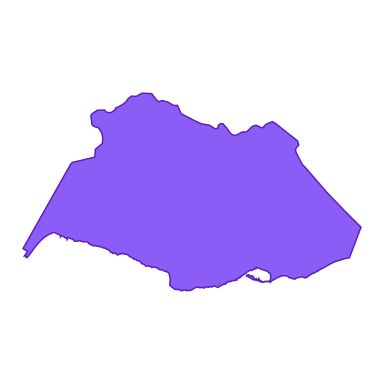 Al Madaribah Wa Al Aarah, Lahij, Yemen
{"feature_id": "15242507B42929104515356", "entity_name": "Al Madaribah Wa Al Aarah", "entity_type": "district", "adm_level": 2, "iso_a3": "YEM", "parent_name": "Yemen", "parent_adm1": "Lahij", "projection": "albers", "projection_center": [43.959, 12.857], "detail": "fine", "context": "isolated", "style": "filled", "palette": "violet", "viewbox_px": 384, "rotation_deg": 0, "n_neighbors": 0, "source": "geoboundaries", "source_scale": "gbopen_adm2", "svg_char_len": 5986}
<svg xmlns="http://www.w3.org/2000/svg" viewBox="0 0 384 384"><path d="M24.4,256.0L25.2,255.9L25.9,256.1L26.1,256.3L25.9,256.6L26.0,257.5L27.5,257.3L31.4,252.2L34.1,248.3L36.7,245.1L39.0,242.4L41.8,239.5L45.0,236.9L49.1,234.3L52.8,232.7L53.7,232.5L54.7,232.6L56.3,233.4L57.1,233.9L59.1,234.6L59.5,234.8L59.6,235.1L60.3,235.5L60.5,236.1L60.4,236.8L60.2,237.2L60.4,237.0L60.6,236.1L60.6,236.5L60.8,236.2L61.1,236.0L62.7,236.1L63.3,236.5L64.2,236.8L65.4,238.0L65.9,238.1L66.5,238.0L66.9,238.7L67.1,239.7L67.3,239.4L66.5,238.0L67.5,237.7L68.2,237.7L68.9,237.8L69.2,238.2L69.6,238.2L70.0,238.5L71.0,238.6L71.9,239.0L72.5,239.3L73.0,239.4L73.4,239.8L74.0,240.8L74.4,241.1L74.9,241.2L75.8,241.1L76.5,241.3L79.2,240.8L82.9,241.6L83.3,242.0L85.7,241.6L87.2,242.0L87.7,242.2L88.0,242.6L88.5,243.0L88.6,243.3L89.1,243.5L89.2,243.8L89.7,244.3L90.7,244.6L92.2,245.3L94.4,245.9L95.5,245.8L96.6,246.1L97.4,246.1L97.9,246.2L98.6,246.2L99.2,246.3L99.3,246.6L100.0,246.9L100.5,246.8L101.3,246.9L102.0,247.2L102.5,247.7L104.5,248.0L105.3,248.3L105.9,248.8L107.9,249.3L108.6,250.1L109.8,250.7L110.1,251.5L110.4,251.7L110.5,252.1L111.3,252.4L111.9,252.4L112.5,252.6L113.0,253.1L112.8,253.4L113.0,253.5L114.2,253.2L115.5,253.2L116.5,253.8L116.4,254.0L116.7,254.2L116.8,254.6L117.1,254.8L117.9,254.9L120.6,253.9L123.8,253.6L124.5,254.1L125.7,254.1L126.3,254.4L127.3,254.6L127.6,254.9L128.0,255.0L129.5,256.4L132.2,257.7L132.9,258.4L133.9,258.9L134.0,259.2L135.7,259.4L136.0,259.6L136.2,259.9L137.0,260.5L138.4,260.7L138.8,261.0L140.0,261.4L141.1,262.5L141.4,263.5L141.7,263.5L142.6,264.0L144.0,264.2L144.2,264.6L145.3,265.5L145.4,265.8L145.7,266.1L146.4,266.1L148.4,265.9L148.5,266.1L150.7,266.5L151.4,267.2L151.9,267.5L152.4,267.3L153.8,267.1L154.7,267.4L156.5,267.6L157.1,267.8L157.5,268.3L158.1,268.3L158.3,268.5L158.4,268.8L159.0,269.4L160.6,269.8L161.8,269.9L162.2,270.1L163.0,270.3L164.2,271.0L164.6,271.0L165.2,271.3L165.6,271.6L166.1,271.5L166.7,271.6L167.4,272.0L168.6,273.2L168.9,273.7L169.3,274.4L169.8,276.2L170.2,279.0L170.1,281.5L169.8,283.9L169.8,285.2L170.3,285.9L171.0,286.4L174.0,288.6L174.1,288.9L174.3,289.1L176.2,289.4L176.7,289.3L177.2,289.5L178.6,289.5L179.0,289.8L179.8,289.9L181.2,290.8L182.5,290.6L184.3,289.8L184.7,289.8L185.1,290.1L186.1,290.3L186.7,290.8L187.3,290.5L188.3,290.5L188.9,290.2L189.4,290.5L190.2,290.5L190.9,290.1L191.3,290.1L193.8,288.6L196.5,287.1L197.4,287.1L199.1,287.4L200.1,287.9L200.6,287.5L201.7,287.3L203.7,288.0L205.0,287.7L206.2,287.1L207.2,286.9L207.3,287.0L208.3,287.0L208.6,287.2L210.3,286.7L211.7,286.9L211.8,287.0L213.9,286.1L215.7,286.3L216.0,286.5L216.2,286.8L217.0,287.0L217.6,287.4L218.6,287.1L219.0,286.7L221.1,285.6L222.3,284.8L222.6,284.9L223.7,284.3L224.4,284.2L225.0,284.3L225.4,284.1L225.5,283.7L225.8,283.6L225.9,283.3L226.2,283.0L226.4,282.8L226.7,282.8L226.7,282.7L227.1,282.4L227.6,282.2L228.1,281.8L229.2,281.4L230.0,281.8L232.4,280.6L232.9,280.5L234.0,280.8L234.5,280.7L234.7,280.3L235.7,280.1L236.0,279.6L236.5,279.9L236.4,279.6L236.8,279.5L237.3,278.8L237.8,278.4L238.3,278.5L238.7,277.8L239.0,277.5L239.6,277.4L239.7,277.7L240.2,277.5L240.5,277.2L240.4,276.8L241.0,276.6L241.1,276.4L242.1,275.7L242.8,275.0L243.6,274.6L244.1,274.6L244.3,274.2L245.1,273.7L245.7,273.6L246.0,273.3L247.0,271.9L248.1,271.5L248.1,271.3L248.2,271.2L248.8,271.0L249.9,270.4L250.7,270.3L251.5,270.5L252.0,270.2L252.8,269.9L253.2,269.6L253.8,269.4L255.6,268.5L255.9,268.5L255.6,268.1L256.5,267.3L257.0,267.2L257.7,267.5L258.0,268.1L258.9,268.2L261.7,269.5L262.8,269.7L263.8,270.2L264.9,270.2L265.6,270.9L265.9,271.0L267.6,270.9L267.9,271.1L268.5,272.6L269.2,273.1L269.8,273.3L270.3,273.7L270.5,274.7L270.7,276.0L270.6,278.5L270.3,279.8L269.7,280.9L268.7,281.3L268.3,281.2L266.9,281.4L266.1,281.2L265.4,281.5L265.2,281.4L264.8,281.4L264.1,281.7L262.8,282.0L259.7,280.1L258.9,278.9L258.7,278.5L258.3,279.3L257.4,279.7L256.7,279.3L256.2,278.5L255.2,279.2L254.9,279.2L254.5,279.0L253.3,276.7L252.9,276.2L252.7,276.6L251.6,275.9L250.8,275.9L250.1,275.6L249.3,275.0L248.3,274.8L247.8,274.9L247.4,275.4L247.2,275.2L246.9,275.3L246.5,276.0L246.9,276.4L247.1,276.3L248.0,276.6L249.9,277.8L250.9,278.2L253.0,279.7L255.9,280.1L259.1,281.1L261.5,282.1L261.8,282.0L262.7,282.3L264.8,281.7L265.3,281.7L265.4,281.8L267.0,281.6L268.7,281.7L268.9,281.5L269.3,281.4L269.8,281.6L269.9,281.8L270.3,282.1L270.1,282.2L270.4,282.4L271.0,281.5L272.3,280.5L272.9,280.1L273.6,279.9L276.8,277.9L278.3,277.2L279.0,277.2L280.0,276.6L281.6,276.0L282.9,275.7L284.4,275.7L287.1,276.0L287.6,276.2L288.3,276.9L288.5,277.2L289.1,277.6L290.4,278.0L290.8,277.9L292.7,278.7L292.8,278.8L294.4,279.1L295.1,279.0L295.6,278.6L296.7,277.9L300.7,277.0L301.8,276.9L303.1,277.1L304.8,277.9L305.5,277.5L306.7,277.5L306.9,277.0L307.4,276.8L307.9,276.3L308.0,276.4L309.0,275.6L310.2,275.0L310.5,274.7L312.4,273.5L313.2,273.2L313.9,273.2L315.2,272.3L315.6,272.2L316.7,271.5L317.8,271.2L319.6,269.7L322.2,268.5L327.6,265.5L330.3,263.9L331.6,263.4L333.7,262.2L336.1,261.3L339.7,260.3L343.8,258.9L347.4,258.0L349.4,257.8L361.0,227.2L344.4,210.6L326.8,192.3L306.5,168.9L302.1,164.2L295.8,151.8L295.6,148.8L298.8,145.0L297.6,141.0L275.1,123.1L274.6,123.3L272.6,121.6L267.8,123.4L265.5,124.7L264.0,126.7L261.6,127.9L257.0,125.5L254.4,125.5L252.0,126.7L246.3,132.2L243.6,131.8L241.1,132.5L236.6,135.1L233.9,135.3L231.5,134.2L229.6,132.3L228.2,130.1L226.6,127.9L224.8,126.0L223.1,123.9L220.5,123.7L218.4,125.3L218.0,127.9L215.5,128.9L213.2,127.6L211.1,126.1L208.7,125.0L206.5,124.8L200.9,123.7L192.9,119.8L181.2,113.7L177.4,105.4L173.7,105.5L167.8,102.0L162.2,100.5L158.8,101.7L156.3,99.7L151.6,93.6L142.2,93.2L136.2,96.4L131.6,96.1L128.4,98.4L126.1,101.5L124.1,103.5L120.6,105.7L117.0,107.5L116.4,107.6L115.4,108.3L115.4,109.7L111.2,112.5L108.3,112.6L105.8,111.8L104.6,110.0L97.2,110.3L92.0,113.8L90.9,115.5L91.9,124.5L93.8,126.3L98.6,127.9L101.8,133.1L102.8,137.7L102.4,143.5L95.4,149.3L94.8,157.1L72.5,162.4L70.9,163.8L23.0,248.6L27.5,251.4L24.4,256.0Z" fill="#8b5cf6" stroke="#5b21b6" stroke-width="1.5"/></svg>